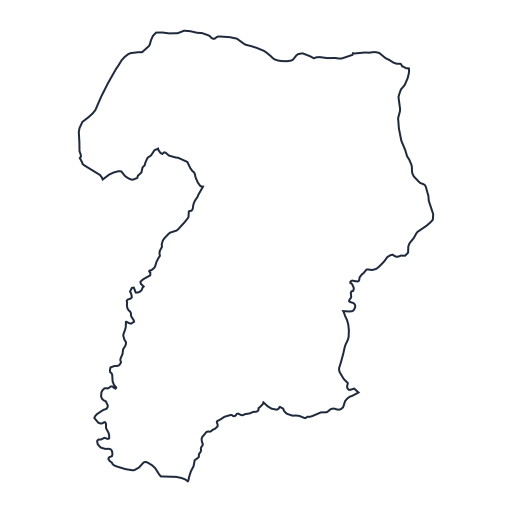 Balsas, El Oro, Ecuador (Robinson projection)
{"feature_id": "8360857B29129198314993", "entity_name": "Balsas", "entity_type": "district", "adm_level": 2, "iso_a3": "ECU", "parent_name": "Ecuador", "parent_adm1": "El Oro", "projection": "robinson", "projection_center": [-79.838, -3.774], "detail": "fine", "context": "isolated", "style": "outline", "palette": "slate", "viewbox_px": 512, "rotation_deg": 0, "n_neighbors": 0, "source": "geoboundaries", "source_scale": "gbopen_adm2", "svg_char_len": 6018}
<svg xmlns="http://www.w3.org/2000/svg" viewBox="0 0 512 512"><path d="M188.4,480.4L189.0,477.2L190.9,471.3L193.6,466.1L194.7,460.2L197.8,458.0L198.9,456.8L198.9,454.2L200.6,451.9L201.1,450.1L200.8,448.7L201.3,447.1L202.5,445.5L202.8,443.9L202.1,442.4L201.8,440.9L201.6,438.9L202.1,437.2L206.5,431.9L208.1,431.5L209.7,431.7L211.2,431.2L212.3,430.0L215.1,428.7L216.4,427.5L217.6,426.3L217.6,424.4L216.8,422.4L217.1,421.2L220.5,419.4L224.4,416.8L230.9,414.9L232.5,415.4L233.3,416.2L235.0,416.0L235.9,415.2L236.8,413.9L238.2,413.6L241.2,415.1L242.8,415.2L244.9,414.2L249.8,413.4L252.9,412.0L256.2,411.7L257.5,411.2L258.5,410.0L258.5,408.2L259.9,407.1L262.9,404.0L263.4,402.4L267.7,406.3L271.6,408.7L276.8,409.7L278.6,408.7L279.3,407.4L279.9,406.9L283.1,408.6L284.1,411.0L286.2,413.3L287.8,414.1L292.6,415.7L295.7,415.5L299.3,415.9L304.7,418.1L305.8,417.9L307.6,416.7L309.4,416.9L312.2,416.1L320.9,412.4L325.9,412.3L327.2,412.0L330.5,409.3L332.1,408.7L334.3,408.6L336.7,409.4L338.9,409.7L340.8,409.2L343.1,407.3L345.1,401.1L347.4,398.4L350.0,396.6L352.1,395.9L358.5,392.5L354.2,388.6L350.0,389.9L348.9,389.8L348.0,389.0L347.3,387.9L347.0,386.7L347.8,383.4L347.7,382.9L344.1,379.4L342.8,377.5L339.5,371.8L339.1,370.0L339.1,368.0L340.6,363.4L343.1,354.3L344.8,346.8L345.6,344.5L347.7,340.2L348.6,337.1L348.9,330.5L348.3,324.7L347.1,320.3L345.2,316.2L343.7,312.0L343.2,311.1L349.5,311.5L352.1,311.2L353.6,310.3L355.1,307.5L355.2,305.4L354.3,303.8L353.3,303.0L349.8,301.9L349.1,301.2L349.1,300.7L349.8,299.2L350.7,298.2L351.2,296.8L350.8,292.9L351.4,291.4L353.0,291.0L353.3,290.6L353.8,288.7L353.6,287.4L352.2,284.4L351.3,283.4L350.3,282.9L350.4,281.7L351.4,280.9L352.3,280.6L357.2,281.5L358.7,281.0L359.2,280.0L359.6,277.4L360.0,276.8L362.2,274.0L363.3,273.4L366.4,269.7L367.3,269.4L372.2,270.0L375.6,269.1L376.8,268.5L379.1,266.6L382.8,262.9L384.5,261.0L387.3,257.1L390.2,255.3L392.7,254.7L394.5,256.0L396.7,256.8L398.7,256.5L400.9,255.6L405.1,255.7L408.1,252.6L408.3,246.6L409.5,243.3L413.8,238.0L416.2,233.6L417.5,231.9L426.7,225.6L430.4,222.4L432.8,219.8L433.2,214.2L428.8,200.9L428.4,196.0L425.7,186.4L424.8,185.1L423.5,184.2L420.3,183.0L418.9,181.8L413.7,176.3L412.4,173.5L412.0,171.7L411.9,167.2L411.4,164.7L409.1,159.4L407.1,156.3L405.3,150.3L401.3,140.6L398.9,128.5L398.1,118.2L399.9,111.4L400.1,109.2L398.5,97.2L399.2,94.3L400.9,89.5L404.7,85.0L407.6,78.3L408.7,74.0L409.1,71.2L408.9,68.4L406.3,68.3L402.7,66.4L402.2,66.4L401.3,64.6L400.5,63.8L396.5,63.7L393.6,62.7L389.3,60.0L385.6,58.2L379.3,53.0L376.1,52.2L373.2,52.1L369.4,52.7L365.0,52.5L354.2,53.5L353.0,53.2L352.4,54.9L342.0,58.4L339.9,58.6L334.8,58.0L327.3,58.1L319.8,57.1L316.4,57.3L313.9,58.3L310.2,56.3L304.6,54.1L302.7,53.4L301.2,53.5L297.9,54.2L296.3,55.5L293.1,59.5L291.2,60.6L286.8,61.2L282.2,61.1L278.3,60.6L274.6,59.4L272.5,57.9L271.3,56.6L266.9,52.9L263.8,50.8L256.5,47.8L251.1,46.1L245.5,44.7L243.5,43.5L237.1,38.8L236.3,38.5L230.0,37.2L220.0,36.5L218.0,36.6L216.9,37.0L214.6,38.7L213.4,38.8L211.5,38.0L210.0,36.3L208.6,35.4L202.1,33.1L197.2,32.8L190.3,31.2L184.1,30.7L177.8,33.2L169.2,33.4L162.5,32.5L156.1,32.6L152.9,35.9L150.9,40.4L149.9,44.2L149.0,46.0L142.1,52.2L138.4,52.2L130.7,53.1L128.3,54.1L124.7,56.9L121.5,60.4L118.5,65.4L116.0,69.0L108.0,83.1L101.2,96.6L95.4,110.0L92.8,113.3L88.5,117.2L82.4,121.9L79.5,128.1L78.8,132.1L79.4,142.6L79.5,151.1L80.8,154.9L80.9,156.7L79.8,158.0L82.0,162.1L82.6,164.0L84.2,165.3L100.0,175.0L101.8,177.4L102.7,179.5L109.3,174.5L113.7,172.5L118.5,171.2L121.3,171.4L124.8,175.8L126.0,176.8L128.7,178.5L131.0,179.4L131.8,179.7L133.1,179.6L137.2,178.0L137.9,175.7L141.4,172.5L142.6,167.3L144.6,165.4L145.6,162.0L147.4,158.1L148.4,157.1L150.2,156.1L151.2,155.2L154.4,150.3L158.1,148.6L158.5,150.2L160.6,153.1L162.4,153.9L164.0,152.4L165.5,152.6L169.0,155.6L176.1,157.6L178.0,157.7L187.4,162.0L190.2,168.0L192.5,171.2L193.9,172.2L194.8,173.8L195.6,177.5L197.9,182.7L200.5,186.2L203.0,186.6L198.5,194.5L197.4,197.1L195.2,200.3L194.2,202.2L193.3,204.9L192.8,208.6L192.1,210.0L191.4,210.7L189.1,211.2L188.8,211.7L188.5,217.0L188.2,217.6L184.9,221.9L178.4,229.0L176.7,230.5L170.0,232.7L168.4,234.0L165.2,237.4L163.9,238.9L162.8,240.6L161.7,244.3L162.0,246.7L159.7,251.1L159.5,253.7L159.9,255.8L157.9,259.0L156.5,261.9L155.0,266.7L154.1,268.0L151.4,270.2L149.5,270.6L149.2,271.4L150.4,272.9L150.2,275.4L143.8,278.9L141.9,280.3L140.4,281.9L140.9,283.9L143.7,286.5L142.6,287.6L141.9,289.5L140.8,291.0L139.4,291.9L137.9,292.5L135.7,292.5L133.8,287.6L131.9,287.9L130.0,291.6L130.7,292.7L131.5,295.0L131.8,297.3L130.6,298.6L127.7,299.6L126.8,300.6L126.7,301.0L127.1,302.5L126.9,305.1L127.2,307.2L127.4,308.2L128.7,310.4L130.0,311.4L131.0,313.4L130.9,315.2L131.4,316.7L133.7,320.2L134.1,321.7L131.2,323.6L129.1,323.2L126.3,321.7L125.9,321.9L125.8,326.8L125.4,328.7L123.3,334.7L123.3,335.7L124.3,339.4L126.0,342.3L125.9,344.0L125.3,345.8L123.1,349.3L122.5,354.0L120.6,358.4L120.3,360.1L121.0,362.2L120.8,362.8L119.9,364.3L118.9,365.3L117.7,365.9L114.6,366.0L110.5,367.4L109.9,370.2L110.1,372.1L111.4,373.1L112.2,374.7L112.6,381.4L114.0,384.9L116.2,387.4L116.2,387.9L115.5,388.6L113.9,387.8L112.5,386.5L111.0,386.4L108.1,388.4L105.1,388.2L104.3,388.5L102.7,390.0L101.4,392.4L101.1,396.6L102.2,399.0L104.0,400.5L105.9,401.4L107.8,405.6L107.5,407.3L106.4,408.9L103.9,409.7L102.2,410.6L96.9,414.2L95.3,415.9L94.4,417.7L94.4,418.1L98.3,422.7L100.5,423.5L101.3,423.5L102.4,423.3L104.4,422.1L104.8,422.1L105.3,422.4L106.0,423.9L106.0,428.0L108.5,432.8L109.1,434.9L109.2,438.2L108.7,438.7L107.6,438.9L104.5,437.8L101.0,439.5L98.6,439.5L97.4,440.5L97.2,441.0L97.3,442.3L97.8,444.4L100.6,447.5L105.1,448.9L108.9,448.8L110.8,449.4L111.8,450.7L112.3,452.5L112.4,454.5L111.9,456.2L109.3,457.2L108.7,457.9L108.4,459.0L109.5,460.8L111.9,462.7L112.6,464.1L114.0,465.3L116.5,466.4L125.4,469.1L132.7,470.3L134.4,470.1L139.0,467.5L143.5,462.6L144.5,462.1L146.2,462.0L148.4,463.0L152.4,465.5L155.3,468.3L159.0,474.2L160.8,476.4L176.3,476.9L181.5,478.0L185.2,479.4L187.8,481.3L188.4,480.4Z" fill="none" stroke="#1e293b" stroke-width="2"/></svg>